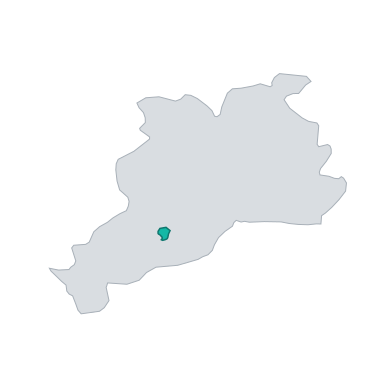 Vitanje highlighted on a map of Slovenia, rotated 170°
{"feature_id": "SVN-1002", "entity_name": "Vitanje", "entity_type": "Municipality", "adm_level": 1, "iso_a3": "SVN", "parent_name": "Slovenia", "parent_adm1": "", "projection": "albers", "projection_center": [15.317, 46.408], "detail": "fine", "context": "in_parent", "style": "filled", "palette": "teal", "viewbox_px": 384, "rotation_deg": 170, "n_neighbors": 0, "source": "natural_earth", "source_scale": "10m", "svg_char_len": 2046}
<svg xmlns="http://www.w3.org/2000/svg" viewBox="0 0 384 384"><g transform="rotate(170 192 192)"><path d="M345.7,141.7L337.0,138.3L326.6,137.0L324.6,138.9L320.5,140.9L318.4,144.3L320.2,157.8L317.7,160.1L305.8,158.9L301.9,160.5L295.6,169.9L289.0,173.9L280.6,176.8L274.4,180.2L266.6,183.2L259.9,185.0L257.2,189.1L255.6,193.6L256.1,198.0L262.9,206.6L263.9,215.8L263.2,227.0L261.7,233.0L259.0,237.0L242.1,242.2L224.6,251.5L224.2,253.6L232.2,261.8L232.5,263.8L225.9,268.5L225.2,273.2L226.0,278.6L229.5,284.2L230.8,289.2L221.1,292.8L208.0,291.5L192.5,284.4L187.0,285.4L181.8,289.0L176.4,287.4L170.5,283.1L162.2,274.1L158.2,268.6L156.6,262.7L154.3,261.8L150.8,263.5L147.9,270.6L140.0,283.2L134.3,286.6L125.6,285.7L113.5,285.8L106.0,286.7L96.8,282.1L94.6,282.9L94.5,285.8L91.0,290.4L85.3,293.4L59.2,286.0L55.6,280.2L61.5,277.6L69.9,270.5L75.4,271.4L82.3,270.0L85.3,266.9L81.2,257.5L70.6,245.8L64.9,241.3L57.0,238.3L55.7,235.2L60.5,217.2L59.3,214.6L50.2,215.2L48.1,213.3L47.5,210.1L48.2,205.8L54.4,198.9L61.3,192.8L63.2,189.4L63.0,186.6L54.4,183.7L49.3,180.7L45.2,179.6L42.3,181.2L40.3,179.3L38.3,174.1L40.6,166.2L48.5,159.0L56.9,152.7L64.3,148.1L68.5,146.2L70.6,138.1L74.9,139.0L83.4,139.6L92.9,141.6L101.7,144.1L109.5,147.1L125.9,150.3L140.8,152.3L145.3,154.0L148.9,153.9L153.4,156.4L156.1,154.6L158.1,151.3L166.3,147.5L173.8,142.5L179.1,136.1L182.1,131.0L187.2,127.4L192.7,126.4L197.7,124.6L218.8,122.3L240.5,124.2L250.8,120.6L259.3,114.3L271.7,112.5L272.3,112.5L290.9,117.1L292.3,114.3L293.1,113.1L292.6,99.5L298.5,93.3L303.8,90.6L322.3,91.3L324.8,95.4L325.9,101.9L327.6,110.5L330.7,112.8L332.5,116.2L332.2,122.2L335.9,126.6L344.6,138.6L345.7,141.7Z" fill="#d9dde1" stroke="#a8b0b8" stroke-width="1"/><path d="M229.9,161.7L223.7,161.7L220.3,157.8L222.4,154.8L223.7,151.5L224.3,150.6L225.0,150.1L226.7,149.7L229.3,149.5L230.2,150.1L230.5,150.2L230.5,150.6L230.0,150.8L229.5,151.2L229.3,151.8L229.3,152.6L230.8,155.1L231.6,155.9L232.3,156.4L232.6,157.1L232.4,158.4L232.2,159.2L229.9,161.7Z" fill="#14b8a6" stroke="#0f766e" stroke-width="1.5"/></g></svg>